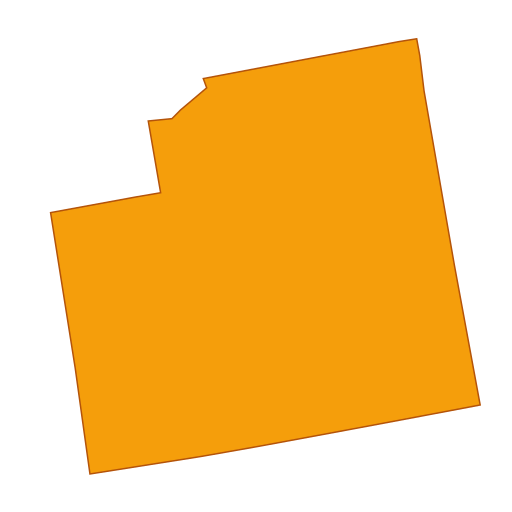 outline of Bartholomew, Indiana, United States of America, rotated 171°
{"feature_id": "52423323B99748552425099", "entity_name": "Bartholomew", "entity_type": "district", "adm_level": 2, "iso_a3": "USA", "parent_name": "United States of America", "parent_adm1": "Indiana", "projection": "robinson", "projection_center": [-85.902, 39.193], "detail": "fine", "context": "isolated", "style": "filled", "palette": "amber", "viewbox_px": 512, "rotation_deg": 171, "n_neighbors": 0, "source": "geoboundaries", "source_scale": "gbopen_adm2", "svg_char_len": 421}
<svg xmlns="http://www.w3.org/2000/svg" viewBox="0 0 512 512"><g transform="rotate(171 256 256)"><path d="M57.9,73.8L61.5,216.0L64.2,392.8L62.9,428.2L63.3,445.4L81.3,445.4L280.3,439.5L278.4,429.8L293.4,420.7L307.6,412.1L317.5,404.8L341.3,406.2L340.3,333.4L365.5,333.1L452.1,331.0L452.1,173.6L454.1,66.7L341.2,66.6L283.3,67.6L189.9,70.0L115.1,72.1L57.9,73.8Z" fill="#f59e0b" stroke="#b45309" stroke-width="1.5"/></g></svg>